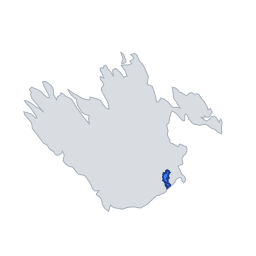 Laytown Bettystown-Lea-7, Meath, Ireland shown in context, rotated 65°
{"feature_id": "5873133B93482869611851", "entity_name": "Laytown Bettystown-Lea-7", "entity_type": "district", "adm_level": 2, "iso_a3": "IRL", "parent_name": "Ireland", "parent_adm1": "Meath", "projection": "robinson", "projection_center": [-6.479, 53.728], "detail": "fine", "context": "in_parent", "style": "filled", "palette": "blue", "viewbox_px": 256, "rotation_deg": 65, "n_neighbors": 0, "source": "geoboundaries", "source_scale": "gbopen_adm2", "svg_char_len": 6678}
<svg xmlns="http://www.w3.org/2000/svg" viewBox="0 0 256 256"><g transform="rotate(65 128 128)"><path d="M164.0,52.1L158.5,55.0L157.6,56.0L156.0,60.5L155.9,61.7L152.4,66.7L150.4,67.7L147.5,68.5L145.8,69.3L143.7,68.9L141.0,69.0L139.7,69.8L139.8,70.5L140.6,71.3L145.4,73.6L145.2,74.5L143.8,75.6L135.0,78.3L132.3,79.9L131.4,80.9L132.3,82.7L139.3,88.0L140.5,88.6L141.5,91.7L147.7,93.0L150.2,95.0L152.4,95.4L157.1,95.3L159.0,96.0L160.1,95.4L160.7,94.4L166.1,90.6L164.4,87.8L169.8,83.0L171.3,83.1L173.8,84.5L175.9,86.6L176.5,89.3L178.5,91.8L179.7,92.6L183.2,93.1L184.0,94.1L183.3,97.6L183.8,98.8L192.6,98.7L196.0,97.2L199.0,97.5L200.5,99.1L201.2,100.7L198.6,101.3L195.9,101.0L194.6,102.1L194.5,104.1L195.4,106.8L197.2,108.7L198.7,113.0L199.9,117.8L201.8,120.6L202.2,124.2L201.9,125.9L202.2,129.1L201.4,130.2L202.1,133.1L205.3,142.7L205.9,150.1L204.3,152.9L202.2,155.5L200.9,158.7L199.8,162.0L199.2,167.5L194.6,173.9L192.7,175.5L190.4,176.5L195.4,180.9L191.3,182.9L186.9,183.6L182.1,182.4L179.0,182.6L175.2,184.9L174.3,184.5L172.5,180.8L171.1,184.6L168.3,185.8L163.5,185.5L155.5,186.6L152.4,187.6L151.1,189.3L150.1,191.3L148.9,192.4L147.4,193.0L141.2,194.5L140.0,195.0L137.1,198.2L133.3,200.0L130.2,200.6L127.4,198.7L126.3,197.6L125.0,197.1L120.8,197.2L122.1,197.7L123.0,199.0L123.3,201.5L122.8,203.9L120.7,205.2L118.2,205.4L114.2,207.9L109.0,208.6L106.1,210.9L88.7,214.8L87.7,214.9L85.3,213.9L82.7,213.5L80.1,213.8L72.8,216.0L69.3,215.5L73.9,210.1L80.0,207.3L80.6,206.6L78.7,206.2L67.2,208.1L63.2,209.7L59.2,210.2L61.1,207.7L66.3,204.3L70.8,202.1L72.7,200.1L78.2,197.8L60.7,202.5L56.1,201.9L55.1,200.6L51.5,201.2L50.2,198.1L55.6,193.3L58.7,191.2L62.4,190.1L65.9,188.5L67.3,186.5L65.6,185.9L55.1,186.4L50.1,186.0L50.4,184.4L51.4,182.7L56.6,179.8L59.5,179.3L62.0,179.6L66.4,181.3L72.3,180.8L69.9,178.9L69.5,175.1L67.7,173.8L70.1,172.1L72.9,171.0L77.5,167.3L79.2,166.8L88.3,165.9L98.1,164.0L107.9,161.3L102.9,159.8L100.6,157.9L96.7,161.8L93.9,163.3L86.1,164.1L83.6,163.7L80.2,162.5L79.1,162.9L78.1,163.9L72.9,165.8L67.4,166.3L73.8,162.7L81.9,156.7L83.7,154.8L86.3,151.5L85.6,150.0L83.9,149.2L89.8,142.4L91.9,141.1L95.6,140.9L98.3,139.9L99.5,139.9L100.6,139.5L103.0,137.4L99.4,136.1L95.6,135.4L83.9,136.2L82.3,136.0L80.9,135.4L80.0,134.5L79.3,132.2L78.4,131.6L75.8,131.6L73.2,132.3L71.4,132.3L69.6,131.3L72.5,128.9L68.8,128.3L65.1,128.8L62.1,128.1L62.0,126.6L63.4,125.1L61.6,123.7L61.3,121.9L63.3,121.1L65.4,121.4L69.8,120.0L75.3,119.4L70.6,118.1L68.7,117.0L68.7,115.3L69.1,113.8L74.6,111.4L80.5,110.3L80.1,108.7L80.6,106.9L74.6,106.4L68.7,107.7L69.4,104.3L70.9,101.3L71.2,99.3L71.0,97.2L68.2,98.1L68.0,95.1L66.8,93.0L62.7,94.4L62.9,91.7L64.1,89.8L66.3,89.0L68.4,89.3L72.3,89.3L76.1,87.9L81.5,87.5L90.2,88.0L96.1,92.0L97.6,91.3L100.1,88.7L101.2,88.4L110.2,89.5L115.7,91.0L117.2,90.6L116.4,87.7L114.5,85.8L117.0,83.2L119.9,81.5L121.9,80.6L126.4,79.5L128.4,78.5L129.8,75.2L131.9,72.4L120.5,73.9L109.8,70.6L111.6,68.3L113.8,67.0L117.8,66.0L118.2,64.8L120.2,63.8L123.5,61.2L122.3,57.8L123.0,55.3L125.4,53.7L126.1,51.4L127.2,49.7L132.0,49.1L136.6,47.6L143.7,47.4L145.5,48.0L145.1,45.2L148.4,44.9L149.7,45.4L150.3,47.4L151.8,48.6L152.2,50.8L151.2,52.5L149.5,53.7L151.1,55.1L148.6,57.5L151.2,56.4L155.0,54.1L154.8,52.2L154.2,49.8L153.1,47.6L153.6,45.2L155.7,43.7L161.2,43.0L159.0,40.3L161.0,40.0L163.1,40.6L166.3,42.7L173.0,45.7L169.7,48.3L165.6,50.1L164.0,52.1ZM67.6,105.4L67.4,106.7L64.8,105.1L63.6,103.3L56.5,102.5L59.5,100.7L60.9,101.2L66.0,101.3L67.4,102.1L67.6,105.4Z" fill="#d9dde1" stroke="#a8b0b8" stroke-width="1"/><path d="M185.8,109.1L185.7,109.2L185.3,109.3L185.2,109.3L185.1,109.2L184.9,109.0L184.7,109.0L184.5,109.3L184.5,109.2L184.4,109.2L184.2,109.2L183.9,109.1L183.8,109.3L183.7,109.3L183.6,109.5L183.5,109.8L183.3,109.9L183.2,109.9L183.0,110.0L182.8,110.2L182.8,110.3L182.7,110.3L182.6,110.5L182.8,110.8L182.7,110.9L182.9,111.0L182.7,111.3L182.8,111.7L183.0,111.7L183.1,111.8L183.2,112.0L183.3,112.2L183.5,112.2L183.8,112.0L184.0,112.0L184.0,111.9L184.3,111.9L184.4,112.1L184.5,112.2L184.8,112.2L185.0,112.1L185.1,112.3L185.0,112.6L184.9,112.9L184.9,113.0L184.9,113.3L184.7,113.3L184.5,113.5L184.3,113.5L184.2,113.6L184.2,113.9L184.3,113.9L184.3,114.1L184.1,114.2L184.1,114.3L184.3,114.5L183.8,114.7L183.9,114.8L183.9,115.0L184.0,115.1L184.2,115.3L184.5,115.5L184.8,115.7L185.1,115.6L185.1,115.8L185.4,115.7L185.6,115.8L185.7,116.0L185.8,116.1L186.0,116.2L186.5,116.6L186.9,117.1L187.0,117.2L187.1,117.3L187.4,117.3L187.5,117.3L187.8,117.2L188.2,117.2L188.2,117.3L188.3,117.3L189.2,117.2L189.6,117.2L189.7,117.5L189.8,117.6L189.8,117.9L189.8,118.1L190.0,118.1L190.2,118.6L190.3,118.6L190.2,118.6L190.5,118.5L190.5,118.2L190.7,118.3L190.8,118.3L191.3,118.3L191.2,118.3L191.2,118.2L191.0,117.9L191.5,117.6L191.8,117.7L191.7,117.7L191.8,117.8L191.9,117.7L192.0,117.8L192.3,117.7L192.8,117.7L192.7,117.4L192.9,117.3L193.0,117.4L192.9,117.2L192.4,117.1L192.5,116.9L193.3,116.8L193.7,116.8L194.1,116.7L194.3,116.6L194.4,117.1L194.9,117.1L195.0,117.1L195.0,117.3L194.9,117.4L194.9,117.5L195.1,117.6L195.1,117.8L195.1,118.0L194.9,118.0L195.2,118.2L195.5,118.2L195.6,118.3L195.9,118.3L196.0,118.4L196.3,118.4L196.6,118.3L196.5,118.1L196.4,117.9L196.5,117.8L196.4,117.8L196.5,117.7L196.6,117.4L196.8,117.3L196.9,117.2L196.9,117.3L197.0,117.4L197.0,117.5L197.4,117.6L197.5,117.8L197.8,117.8L197.7,117.6L197.9,117.6L197.9,117.4L198.2,117.6L198.1,117.4L198.2,117.5L198.3,117.5L198.2,117.5L198.4,117.7L198.5,117.8L198.9,117.7L199.1,117.6L199.0,117.3L199.0,117.2L198.9,117.1L198.7,116.7L198.5,116.2L198.4,115.9L198.3,115.5L198.1,114.9L198.1,114.5L198.2,114.2L197.9,114.0L197.7,113.7L197.3,113.6L196.7,114.0L196.4,114.1L195.8,114.2L195.8,114.3L195.4,114.3L195.4,114.5L195.5,114.6L195.7,114.8L195.4,115.0L195.2,114.9L195.1,115.0L195.1,114.9L194.5,114.8L194.2,114.8L193.9,114.9L193.9,115.1L193.6,115.1L193.4,114.9L193.4,114.7L193.3,114.4L193.0,114.4L192.9,114.2L192.5,114.2L192.3,114.0L192.2,114.0L192.0,113.9L191.7,113.9L191.7,114.0L191.3,114.2L191.4,114.3L191.2,114.4L190.9,114.4L190.7,114.4L190.7,114.5L190.4,114.5L190.3,114.4L190.2,114.2L189.9,114.1L189.9,113.9L189.7,113.9L189.7,113.7L189.8,113.7L190.0,113.5L190.1,113.4L190.3,113.2L190.5,112.9L190.7,112.7L190.8,112.7L191.0,112.5L191.0,112.4L191.0,112.5L190.9,112.4L190.9,112.2L190.7,112.1L190.2,111.9L189.9,111.9L189.6,112.0L189.0,112.0L188.7,112.1L188.4,112.0L188.4,111.9L188.2,112.0L188.1,111.9L188.1,111.7L187.8,111.4L187.7,111.5L187.4,111.5L187.4,111.3L187.3,111.1L187.3,110.9L187.2,110.8L187.3,110.7L187.2,110.6L186.9,110.7L186.6,110.7L186.4,110.5L186.3,110.4L186.3,110.2L186.3,109.9L186.2,109.8L186.3,109.8L186.3,109.7L186.2,109.4L186.2,109.2L185.8,109.2L185.8,109.1Z" fill="#3b82f6" stroke="#1e3a8a" stroke-width="1.5"/></g></svg>